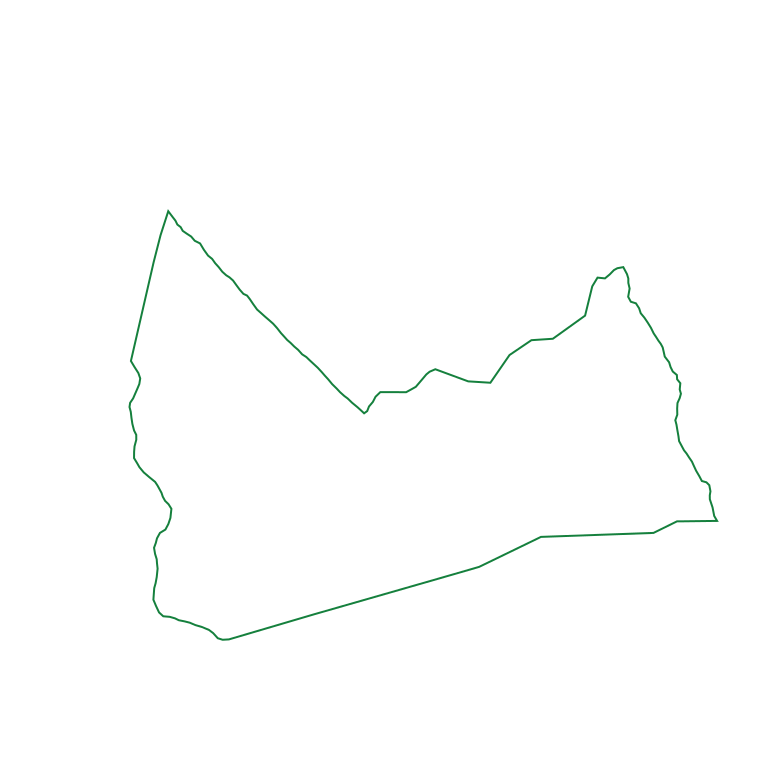 Boninal, Bahia, Brazil (Mercator projection), rotated 163°
{"feature_id": "56859067B83846349550781", "entity_name": "Boninal", "entity_type": "district", "adm_level": 2, "iso_a3": "BRA", "parent_name": "Brazil", "parent_adm1": "Bahia", "projection": "mercator", "projection_center": [-41.805, -12.826], "detail": "fine", "context": "isolated", "style": "outline", "palette": "green", "viewbox_px": 768, "rotation_deg": 163, "n_neighbors": 0, "source": "geoboundaries", "source_scale": "gbopen_adm2", "svg_char_len": 2626}
<svg xmlns="http://www.w3.org/2000/svg" viewBox="0 0 768 768"><g transform="rotate(163 384 384)"><path d="M607.0,185.1L518.3,184.2L409.4,182.3L373.7,181.7L346.5,181.3L278.6,191.9L169.8,162.8L143.9,167.0L139.7,165.7L134.9,164.3L105.5,155.7L106.8,161.3L105.9,169.9L106.1,178.5L105.0,182.3L103.2,185.9L102.5,192.1L104.4,195.7L108.4,198.3L109.4,203.6L110.9,209.9L111.7,215.7L112.2,219.7L113.7,224.5L115.0,229.1L116.5,232.9L118.5,243.1L117.7,247.9L116.9,254.4L116.2,259.6L116.0,264.2L112.5,268.9L110.8,274.9L108.9,280.0L105.4,284.0L102.9,287.9L102.8,292.3L100.4,298.1L102.3,302.8L101.3,307.0L104.2,311.5L105.0,316.4L105.0,321.4L107.5,328.1L107.1,333.2L106.8,337.5L107.6,341.5L108.9,345.2L110.0,349.2L111.3,353.5L112.3,359.7L113.8,365.4L115.6,371.3L117.8,376.6L117.9,381.8L119.5,387.5L123.9,390.5L125.0,396.0L121.2,403.5L120.8,409.2L119.5,413.5L119.5,418.0L121.0,425.8L127.0,426.5L130.8,425.7L136.1,422.8L141.8,420.4L148.7,423.3L156.3,416.5L171.7,390.6L209.3,377.9L230.2,382.8L255.5,375.0L281.9,354.1L302.7,361.9L330.6,383.1L336.8,382.4L340.7,380.8L346.7,376.9L354.4,372.0L359.4,370.9L365.2,369.7L389.9,377.3L395.8,374.3L399.9,370.1L404.9,366.9L408.0,363.0L411.6,361.8L413.6,365.3L416.1,369.5L420.0,375.4L423.0,380.8L425.5,384.2L428.4,389.0L430.6,393.5L433.6,399.0L436.0,404.8L438.1,409.2L440.0,413.5L442.6,418.9L445.8,424.4L448.3,428.7L450.4,432.5L453.6,436.3L456.1,441.7L458.9,446.1L461.3,450.6L463.7,454.4L465.5,458.3L467.6,462.7L469.9,468.7L472.4,474.1L475.6,479.3L478.2,483.4L480.9,487.9L483.6,492.3L485.7,498.5L487.5,504.4L489.1,508.6L492.1,511.3L494.4,516.4L496.3,521.8L498.1,527.1L500.6,531.2L503.1,534.1L505.8,538.6L507.9,544.1L510.1,548.8L511.8,553.9L514.7,558.2L517.0,565.0L518.8,572.2L523.1,576.3L525.3,581.4L528.8,585.6L531.7,589.3L532.6,593.5L535.0,596.9L535.7,601.2L537.4,605.7L539.8,612.3L554.2,591.6L568.7,567.8L619.3,480.0L617.6,473.1L615.7,466.3L615.5,460.6L618.0,455.5L621.0,451.9L624.6,447.7L628.1,443.6L632.3,440.2L634.1,436.4L634.3,431.4L635.4,425.5L636.3,419.4L636.6,412.6L635.8,407.8L637.2,403.1L640.8,397.3L642.8,392.2L644.7,386.2L643.2,380.3L642.2,375.9L639.6,369.7L635.6,363.4L631.5,357.3L630.3,353.2L629.5,349.4L628.6,345.0L628.5,340.9L627.5,336.2L625.2,332.0L623.8,326.8L627.4,318.4L631.2,313.1L635.6,308.7L641.8,307.1L646.2,302.8L648.7,298.7L651.8,294.6L652.6,288.5L652.6,282.9L653.5,278.9L654.5,273.6L657.8,265.8L660.7,260.2L663.4,256.0L665.3,251.1L667.6,245.1L666.9,238.3L665.9,231.3L663.0,226.4L657.0,224.0L652.4,221.0L649.3,218.1L644.1,215.3L639.5,212.5L635.0,208.7L629.1,204.8L623.3,200.0L620.2,195.7L617.3,189.5L613.1,186.6L607.0,185.1Z" fill="none" stroke="#15803d" stroke-width="2"/></g></svg>